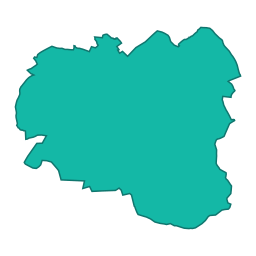 the district of Silindia, Arad, Romania
{"feature_id": "2599482B7654473920884", "entity_name": "Silindia", "entity_type": "district", "adm_level": 2, "iso_a3": "ROU", "parent_name": "Romania", "parent_adm1": "Arad", "projection": "robinson", "projection_center": [21.934, 46.34], "detail": "fine", "context": "isolated", "style": "filled", "palette": "teal", "viewbox_px": 256, "rotation_deg": 0, "n_neighbors": 0, "source": "geoboundaries", "source_scale": "gbopen_adm2", "svg_char_len": 3959}
<svg xmlns="http://www.w3.org/2000/svg" viewBox="0 0 256 256"><path d="M230.8,204.2L227.9,202.9L226.8,199.1L227.1,197.9L230.8,193.6L231.2,189.8L231.5,186.0L230.0,183.9L227.5,180.1L226.2,179.1L225.5,177.5L225.9,176.3L226.2,174.0L226.0,172.7L224.1,171.7L221.7,170.4L219.7,169.2L219.2,168.1L217.9,166.4L216.9,165.0L216.1,163.2L216.2,162.6L216.4,159.0L216.6,156.0L216.5,153.5L216.6,149.9L215.9,147.7L214.8,144.2L215.5,142.0L216.1,140.3L216.8,139.5L217.6,139.0L218.8,138.8L219.9,138.4L221.5,137.7L222.9,137.0L224.0,136.4L224.3,135.8L225.3,133.4L227.3,128.8L229.5,123.8L230.0,123.4L230.5,123.0L234.6,120.5L234.3,119.7L233.6,119.5L231.3,119.7L230.4,117.9L229.5,116.0L228.5,114.1L227.1,111.6L226.0,109.8L224.4,106.4L223.8,105.3L222.8,101.2L222.3,100.1L222.3,99.3L222.8,96.4L231.0,97.3L231.1,96.1L231.4,95.2L231.6,94.3L232.2,93.8L232.7,93.0L233.4,92.2L234.7,91.0L234.9,90.4L233.7,88.9L233.3,87.4L232.6,85.8L231.6,84.1L228.1,81.4L229.3,80.6L240.6,76.1L240.4,75.5L240.1,74.6L239.5,73.8L238.9,71.9L238.2,69.3L237.2,65.2L235.7,61.4L234.4,59.0L232.9,56.6L231.4,54.7L229.2,51.1L224.8,46.4L223.8,45.0L223.4,43.9L222.9,42.7L222.7,41.8L222.5,40.8L222.2,40.3L221.9,39.8L221.1,39.2L219.3,37.9L214.9,33.6L212.5,30.5L209.8,28.3L209.2,28.2L206.3,27.7L203.1,27.6L200.8,27.4L199.4,28.9L197.8,30.0L197.2,31.7L195.5,33.0L194.0,34.4L192.5,35.9L191.3,36.2L190.6,36.8L189.7,37.5L189.1,37.3L188.9,37.8L187.6,38.6L186.1,39.5L185.0,39.4L184.3,39.5L182.8,40.5L181.2,41.8L180.2,42.7L179.1,43.7L178.6,44.2L178.6,45.2L179.3,45.8L178.2,46.8L174.3,45.2L170.7,41.6L169.4,37.4L168.0,35.3L164.6,33.3L162.0,32.1L157.3,30.9L156.8,31.3L154.6,33.2L152.0,35.6L145.3,41.9L135.9,47.6L127.6,56.3L122.5,51.4L119.6,53.2L117.7,50.1L119.0,49.7L116.8,46.5L121.5,43.1L120.3,41.3L117.0,37.9L115.9,38.2L115.9,39.0L114.6,39.1L114.6,38.8L114.3,38.8L113.3,38.7L113.1,38.2L112.3,38.1L112.1,38.2L111.0,37.8L110.9,37.5L109.2,36.0L107.6,34.7L107.2,34.3L106.2,34.2L104.4,34.6L103.0,35.2L102.7,36.0L102.4,37.7L94.7,37.0L95.0,37.9L94.9,39.3L95.0,39.5L96.2,41.0L96.6,41.6L97.0,43.3L97.1,43.8L98.1,45.2L98.1,45.3L97.1,46.5L95.4,47.8L92.8,47.1L91.5,46.7L89.3,51.6L82.5,49.1L82.4,49.2L80.9,48.7L79.5,48.3L78.3,48.3L77.1,48.1L75.4,47.1L75.1,46.0L74.0,45.7L74.0,46.4L74.1,47.3L73.8,48.9L73.3,49.8L71.6,49.8L69.2,49.6L67.4,49.4L64.9,49.4L62.0,48.3L59.9,48.4L59.2,48.3L56.8,48.0L51.9,46.3L47.4,48.6L43.1,50.9L41.9,51.6L40.7,52.3L39.4,53.2L37.7,54.6L36.8,57.5L34.6,57.0L33.7,58.3L35.3,60.3L35.7,60.7L36.1,61.6L36.5,62.5L37.3,64.1L35.7,65.5L34.9,66.0L32.0,68.0L31.0,68.7L29.9,69.0L28.5,69.6L27.3,70.2L28.3,71.2L31.2,73.9L31.9,74.0L33.8,75.0L31.8,75.7L31.0,76.2L29.4,77.2L28.6,77.8L26.8,79.6L26.5,79.9L23.7,83.5L23.0,84.3L22.2,85.4L20.9,86.9L20.5,87.8L19.9,88.9L19.7,90.1L19.7,91.5L19.9,93.1L19.7,94.7L18.3,97.9L17.1,100.1L16.6,101.7L16.0,104.2L15.4,106.9L16.4,112.1L16.4,113.7L16.0,115.5L16.1,117.5L17.3,123.1L17.3,124.2L16.7,125.3L17.7,126.9L18.2,127.8L19.0,128.1L19.3,128.5L19.6,128.9L20.3,129.8L22.0,130.2L22.7,130.1L23.5,130.7L24.4,130.7L25.4,131.1L25.8,139.3L27.4,139.0L28.9,138.1L33.2,137.2L35.2,136.4L37.0,135.4L37.7,135.1L38.7,135.1L41.7,135.0L45.7,135.7L46.4,135.8L43.7,140.6L42.3,143.2L36.8,143.4L27.8,156.2L25.7,159.8L24.3,162.3L24.3,162.6L24.6,163.0L25.4,164.1L28.0,165.5L32.8,168.0L35.2,168.3L36.4,168.4L38.9,166.7L40.7,164.8L42.1,160.4L46.8,160.7L51.4,162.0L57.0,168.5L58.6,170.6L61.1,179.9L84.5,180.9L82.8,188.5L89.6,186.5L92.0,191.4L101.9,190.9L115.5,190.4L119.1,188.1L120.8,189.8L121.2,190.0L122.8,195.1L126.3,194.3L129.7,193.5L131.5,195.0L133.8,204.4L134.3,206.3L134.9,206.9L135.4,208.5L136.5,211.3L137.1,212.7L138.1,214.5L144.2,216.4L146.4,217.0L150.5,218.9L154.9,222.0L160.2,223.4L164.5,224.0L166.5,224.5L169.1,223.9L170.4,223.6L172.3,224.6L174.3,225.7L176.4,225.7L180.4,227.0L184.2,228.2L189.0,228.6L190.7,228.3L192.4,228.5L195.5,227.8L202.0,223.6L205.4,220.5L208.2,216.6L209.8,215.5L215.6,215.0L221.9,210.1L224.7,209.5L228.4,209.1L229.8,207.5L230.8,204.2Z" fill="#14b8a6" stroke="#0f766e" stroke-width="1.5"/></svg>